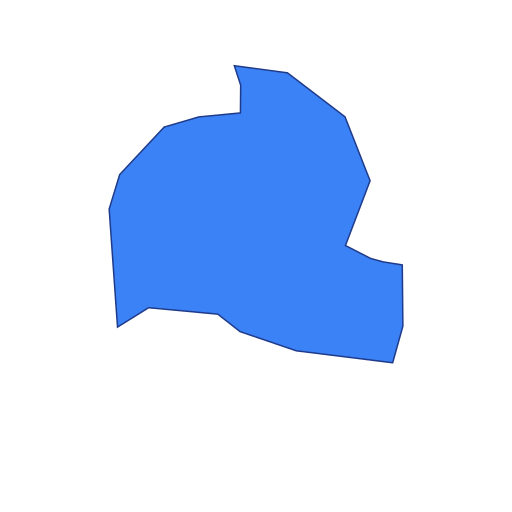 an SVG outline of Črenšovci, rotated 234°
{"feature_id": "SVN-263", "entity_name": "Črenšovci", "entity_type": "Municipality", "adm_level": 1, "iso_a3": "SVN", "parent_name": "Slovenia", "parent_adm1": "", "projection": "equal_earth", "projection_center": [16.304, 46.564], "detail": "fine", "context": "isolated", "style": "filled", "palette": "blue", "viewbox_px": 512, "rotation_deg": 234, "n_neighbors": 0, "source": "natural_earth", "source_scale": "10m", "svg_char_len": 446}
<svg xmlns="http://www.w3.org/2000/svg" viewBox="0 0 512 512"><g transform="rotate(234 256 256)"><path d="M422.7,350.3L385.7,389.1L316.3,409.8L249.8,392.5L211.9,334.5L186.8,347.2L176.6,355.3L162.8,369.1L112.9,333.6L89.3,303.8L155.6,232.9L204.1,198.7L231.4,190.9L277.3,138.7L279.9,102.2L380.3,164.8L402.0,193.6L414.3,257.5L402.1,291.6L380.9,327.5L403.2,344.0L420.5,349.6L422.7,350.3Z" fill="#3b82f6" stroke="#1e3a8a" stroke-width="1.5"/></g></svg>